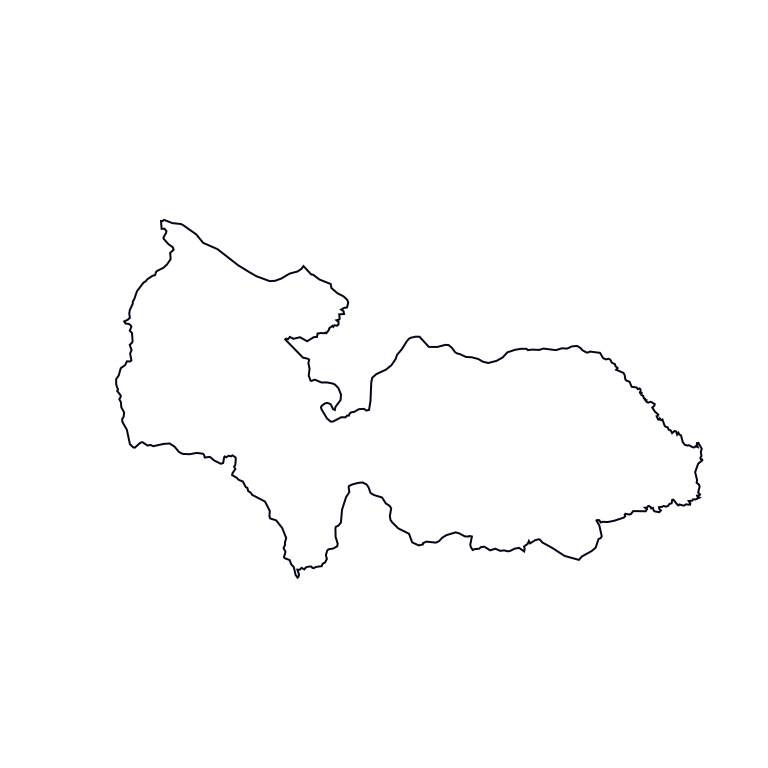 Quípama, Boyacá, Colombia (Albers equal-area conic projection), rotated 153°
{"feature_id": "7082276B17110786625118", "entity_name": "Quípama", "entity_type": "district", "adm_level": 2, "iso_a3": "COL", "parent_name": "Colombia", "parent_adm1": "Boyacá", "projection": "albers", "projection_center": [-74.197, 5.549], "detail": "fine", "context": "isolated", "style": "outline", "palette": "ink", "viewbox_px": 768, "rotation_deg": 153, "n_neighbors": 0, "source": "geoboundaries", "source_scale": "gbopen_adm2", "svg_char_len": 6166}
<svg xmlns="http://www.w3.org/2000/svg" viewBox="0 0 768 768"><g transform="rotate(153 384 384)"><path d="M402.2,525.6L405.3,524.1L409.9,523.5L417.9,525.2L427.8,524.6L434.2,525.4L439.1,527.5L448.8,538.0L453.4,545.1L460.1,556.1L471.2,579.8L481.0,591.8L483.4,602.6L491.0,617.0L492.4,618.8L499.5,623.4L505.5,630.1L507.5,629.7L508.7,630.5L511.7,623.2L509.1,622.0L508.4,619.1L509.6,617.5L513.9,614.8L514.4,613.5L512.7,606.8L510.1,601.7L510.5,599.1L515.0,597.9L517.5,592.0L523.2,589.0L527.8,587.7L535.7,587.7L538.6,585.0L541.2,585.5L547.7,584.7L549.3,583.8L552.3,583.5L562.0,578.8L568.2,572.8L570.4,571.5L571.4,569.6L576.8,565.4L578.9,562.6L580.4,558.3L583.2,557.6L587.1,557.7L586.8,555.2L584.1,553.4L583.0,551.2L583.1,549.7L586.3,546.9L585.4,543.8L588.5,536.4L589.7,535.2L592.8,534.3L593.5,528.8L596.4,526.4L598.3,519.8L599.9,519.3L602.8,520.9L606.0,518.4L611.4,517.6L616.4,512.1L620.5,509.9L622.9,505.0L623.5,499.9L624.9,498.9L623.8,493.4L624.4,492.1L626.7,490.6L626.7,487.1L628.6,482.6L628.5,476.6L630.7,473.2L633.2,471.6L634.3,469.2L633.9,459.9L637.7,445.8L636.2,441.4L635.0,440.4L627.8,442.3L625.6,441.8L622.6,436.5L619.6,435.6L617.8,433.3L608.0,430.8L602.1,428.4L599.1,423.4L597.5,416.4L595.1,413.1L589.1,409.7L582.1,407.6L577.0,404.1L576.5,402.5L577.1,399.9L572.2,398.1L570.0,392.9L565.6,387.0L563.2,386.6L559.6,391.4L558.7,391.7L557.8,390.3L555.0,390.6L553.2,389.0L551.4,389.2L549.7,386.2L549.9,384.8L553.2,379.4L555.0,378.5L555.1,375.7L559.5,373.3L560.7,371.8L557.8,367.3L557.0,364.6L554.0,361.1L554.0,354.8L552.9,353.6L553.6,350.3L552.1,347.7L551.8,345.1L543.4,333.3L543.4,322.8L546.3,317.8L546.4,315.8L542.0,311.5L540.1,302.0L541.1,291.1L544.2,287.8L545.3,285.5L548.0,283.3L547.9,279.3L551.8,275.1L551.4,273.7L548.0,270.0L548.5,265.4L547.5,261.8L549.4,254.2L549.0,250.7L547.7,251.1L546.2,252.8L545.5,257.9L543.5,256.8L541.0,257.6L539.1,255.0L536.8,256.1L533.4,255.3L531.6,254.3L531.3,252.7L530.2,251.8L527.7,251.9L522.3,250.0L520.2,251.7L517.6,251.7L514.3,254.1L513.5,257.9L510.2,261.4L508.3,261.9L504.2,260.5L499.5,260.6L497.8,262.6L496.5,269.8L492.8,277.5L491.7,278.6L488.9,278.5L485.3,280.1L478.5,291.0L469.2,300.4L464.0,303.4L462.3,308.3L461.4,309.0L458.0,308.9L452.2,307.7L447.8,306.0L445.1,302.3L444.7,298.6L445.5,293.1L443.4,289.7L437.3,283.8L436.6,276.8L434.3,272.8L434.0,270.0L438.8,263.6L439.9,260.0L439.6,257.2L436.8,248.8L429.7,239.2L430.8,230.1L426.3,224.4L422.2,223.4L421.4,224.5L417.8,224.3L409.8,219.1L406.2,219.0L401.9,220.6L397.1,221.0L387.6,219.3L385.0,217.0L381.1,211.5L377.9,209.7L376.8,209.8L374.9,208.2L380.0,201.8L380.7,199.5L380.3,195.8L378.1,195.7L373.9,194.0L371.6,194.7L368.5,193.5L364.9,187.6L359.6,186.7L356.2,182.6L352.5,181.2L349.7,178.8L347.8,178.0L342.5,178.0L338.1,176.7L335.1,171.2L333.5,173.3L333.0,175.6L328.5,176.4L326.2,178.3L326.2,175.7L320.2,176.2L316.6,175.4L315.7,174.4L314.9,171.0L308.4,161.4L301.2,148.9L290.2,138.8L285.9,140.5L274.7,140.9L269.7,142.1L263.2,148.5L260.9,148.3L259.1,149.5L256.4,160.0L256.6,166.0L255.9,166.1L254.0,164.9L253.8,162.3L251.6,161.9L247.5,159.5L241.2,157.7L231.1,156.1L229.1,156.7L228.9,158.3L227.8,158.8L224.8,156.4L223.1,156.0L219.6,157.6L208.6,151.8L206.6,153.0L207.5,155.2L205.6,154.4L204.2,155.3L203.3,155.1L202.3,153.2L202.4,151.8L200.7,151.6L201.1,148.6L200.5,147.5L197.0,144.8L194.7,145.6L195.4,147.7L194.9,149.4L192.3,148.4L190.3,148.4L188.4,146.7L186.4,146.4L184.2,147.5L181.9,147.1L179.7,150.0L178.7,149.6L177.3,142.8L176.5,142.1L175.5,142.6L172.2,139.5L169.7,139.7L166.1,137.5L165.3,138.4L165.6,141.4L162.4,140.1L161.1,140.9L158.8,139.7L154.6,139.6L155.8,141.1L155.7,142.4L153.8,141.7L152.6,142.0L153.3,144.8L149.4,149.2L149.0,151.3L150.3,154.1L148.7,156.1L146.8,164.2L140.2,170.4L135.0,171.5L134.8,172.3L135.9,173.3L135.5,174.7L133.8,175.8L132.6,179.6L130.3,182.0L130.6,188.8L132.0,189.3L132.5,188.7L133.1,185.4L134.7,187.2L135.9,186.6L137.4,187.2L140.2,191.1L141.6,191.4L143.6,193.3L144.2,196.7L142.7,203.4L143.8,204.8L143.8,206.9L145.8,205.8L145.2,209.0L146.5,210.2L149.6,209.4L149.6,212.3L151.1,214.1L150.9,216.5L152.6,218.3L152.9,219.6L152.0,225.9L153.4,225.9L153.9,228.2L155.1,227.3L155.9,228.0L155.7,231.5L154.6,231.3L153.5,232.2L155.1,236.1L155.7,241.2L153.0,241.9L151.9,243.2L154.3,247.0L157.1,247.5L158.3,249.1L158.3,249.9L157.5,250.4L158.6,251.5L158.1,252.3L159.0,253.2L158.4,255.6L159.7,257.5L158.6,258.9L159.9,259.5L159.9,260.2L158.4,261.3L157.9,263.1L158.3,264.0L160.2,264.2L160.5,266.2L164.6,269.1L164.2,274.6L166.2,276.6L166.9,278.5L165.5,282.7L165.6,285.2L170.7,291.3L168.6,292.1L169.7,295.0L169.2,296.7L171.3,299.6L171.4,303.2L172.6,304.6L175.0,305.1L177.0,307.5L177.4,313.7L185.6,319.3L188.4,319.5L189.5,320.5L192.0,324.2L192.4,326.5L194.7,330.3L199.5,332.2L204.7,332.4L209.4,335.1L215.4,336.1L225.9,343.2L230.2,343.9L236.6,347.5L240.4,348.8L241.1,350.7L246.3,353.3L251.9,355.0L259.7,356.2L266.1,353.8L273.1,353.5L281.6,355.4L285.8,359.0L288.5,363.3L293.7,368.0L298.7,370.9L303.0,376.4L304.9,377.9L306.2,380.0L307.1,385.4L308.7,389.3L311.5,391.0L319.7,392.8L327.2,396.7L330.9,410.0L334.3,411.8L338.9,413.0L341.2,413.0L344.2,411.8L351.9,407.1L359.2,404.0L362.4,400.9L369.0,397.3L375.9,395.9L386.3,396.3L391.5,395.0L394.5,391.4L403.7,375.1L409.1,367.7L411.7,368.3L413.2,371.0L417.9,373.0L423.1,372.7L426.4,373.7L428.3,373.1L429.6,371.8L431.3,372.6L433.3,371.8L437.2,373.8L446.4,373.7L448.6,374.7L450.4,379.1L451.2,389.5L450.8,391.8L449.3,392.9L445.2,393.5L442.9,392.8L440.7,390.2L440.8,384.7L439.6,383.2L437.7,385.6L430.0,389.4L427.1,394.1L426.5,400.9L427.9,405.7L429.5,407.7L434.0,411.2L439.1,413.8L443.6,419.2L447.3,419.7L447.9,420.3L447.3,425.6L443.4,431.4L441.9,436.9L439.6,439.7L440.7,441.4L444.2,444.2L451.8,468.6L450.6,468.9L449.0,467.5L446.5,468.7L444.2,465.4L437.6,463.8L433.1,457.0L425.3,457.6L422.3,456.4L420.3,459.1L417.0,458.1L414.3,456.3L412.8,456.4L412.3,455.4L408.4,457.3L407.5,458.5L403.6,459.2L403.3,458.0L401.5,458.9L399.5,457.3L397.8,457.5L396.3,459.8L397.4,462.4L394.6,461.8L393.9,462.2L392.3,466.4L387.8,464.5L387.0,467.3L388.4,469.8L385.0,469.9L382.1,469.0L378.8,473.0L378.6,475.8L380.3,480.5L384.3,486.0L387.3,493.4L386.1,497.3L394.0,506.3L397.5,513.5L399.1,514.6L402.2,525.6Z" fill="none" stroke="#020617" stroke-width="2"/></g></svg>